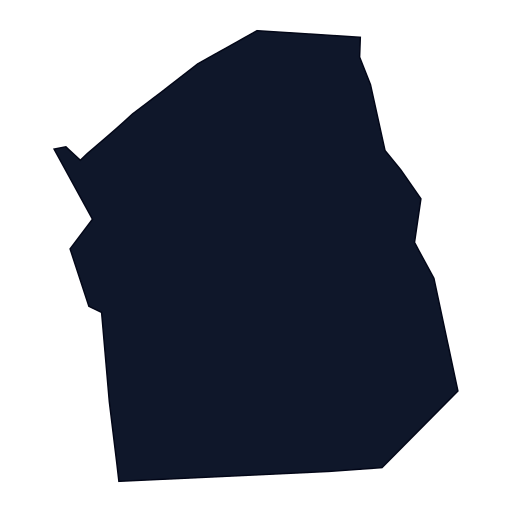 outline of Magdalena Zahuatlán, Oaxaca, Mexico
{"feature_id": "50627088B33073953596655", "entity_name": "Magdalena Zahuatlán", "entity_type": "district", "adm_level": 2, "iso_a3": "MEX", "parent_name": "Mexico", "parent_adm1": "Oaxaca", "projection": "albers", "projection_center": [-97.231, 17.392], "detail": "fine", "context": "isolated", "style": "filled", "palette": "ink", "viewbox_px": 512, "rotation_deg": 0, "n_neighbors": 0, "source": "geoboundaries", "source_scale": "gbopen_adm2", "svg_char_len": 697}
<svg xmlns="http://www.w3.org/2000/svg" viewBox="0 0 512 512"><path d="M118.9,481.3L329.4,471.4L382.0,467.6L457.9,391.0L448.0,344.4L447.6,342.7L433.9,278.3L419.0,250.9L415.8,244.8L414.5,242.5L420.9,198.8L400.8,169.9L385.0,150.5L370.5,84.7L359.6,57.1L360.3,37.3L257.0,30.7L243.4,38.3L234.2,43.5L221.8,50.4L215.5,53.9L197.8,63.8L168.8,86.3L160.6,92.7L154.2,97.5L143.6,105.6L142.9,106.1L137.9,109.9L132.6,113.9L124.6,121.2L124.2,121.6L115.2,129.6L112.1,132.3L103.2,140.0L96.6,145.6L96.2,146.0L87.4,153.5L80.3,160.3L71.1,151.7L68.6,149.4L65.9,146.8L54.1,149.1L92.5,219.2L70.1,248.9L88.9,306.3L101.6,312.4L109.3,401.5L116.8,463.1L118.9,481.3Z" fill="#0f172a" stroke="#020617" stroke-width="1.5"/></svg>